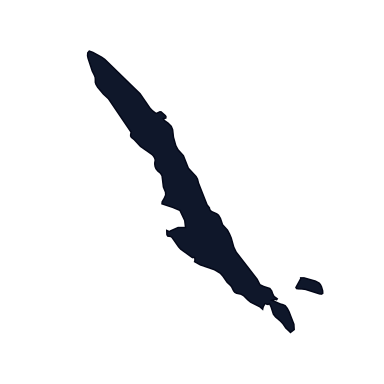 outline of Cebu, rotated 125°
{"feature_id": "PHL-2514", "entity_name": "Cebu", "entity_type": "Province", "adm_level": 1, "iso_a3": "PHL", "parent_name": "Philippines", "parent_adm1": "", "projection": "robinson", "projection_center": [123.774, 10.35], "detail": "fine", "context": "isolated", "style": "filled", "palette": "ink", "viewbox_px": 384, "rotation_deg": 125, "n_neighbors": 0, "source": "natural_earth", "source_scale": "10m", "svg_char_len": 2201}
<svg xmlns="http://www.w3.org/2000/svg" viewBox="0 0 384 384"><g transform="rotate(125 192 192)"><path d="M218.9,209.8L217.1,210.8L213.2,211.1L209.6,211.8L207.3,213.6L204.3,218.3L195.9,225.8L194.7,228.5L194.4,232.1L193.6,234.8L192.3,236.8L190.4,238.6L189.1,239.4L187.3,240.2L186.3,241.1L185.6,242.1L184.9,243.5L184.4,245.0L184.2,246.4L184.2,260.3L182.2,269.5L182.0,273.0L181.3,274.4L179.9,275.3L178.4,275.9L177.8,276.5L163.5,314.0L162.6,320.7L160.3,329.3L158.9,332.4L157.6,334.1L154.9,336.0L153.5,337.2L152.2,339.2L150.1,343.1L142.0,353.9L140.3,355.7L137.8,357.2L135.5,357.0L134.5,353.3L133.4,343.4L133.4,339.6L141.3,290.9L147.4,274.6L148.1,271.2L148.3,266.9L147.7,266.0L144.7,264.3L144.1,263.3L144.7,257.9L145.1,256.7L146.4,255.9L147.3,256.6L147.9,257.5L148.3,257.8L149.0,256.5L149.3,255.1L149.3,251.2L150.1,246.7L152.1,243.6L157.8,238.6L163.3,231.9L165.4,227.8L167.2,219.9L174.6,208.7L177.0,197.6L178.3,194.9L181.0,191.8L193.9,172.3L194.7,169.6L195.0,168.7L195.8,167.9L196.5,166.7L196.8,164.8L195.7,159.2L195.8,157.0L197.4,153.5L201.3,148.2L202.9,141.1L204.9,137.2L207.2,133.5L213.2,126.2L215.9,121.4L226.1,88.6L229.0,83.2L228.3,79.1L226.4,72.9L227.4,69.9L229.1,67.6L230.5,65.0L230.6,60.9L231.7,60.9L232.2,62.2L232.9,63.0L234.9,64.5L233.0,55.1L232.2,53.1L231.7,50.5L232.7,47.2L234.4,43.9L241.9,32.7L246.1,29.4L250.6,30.8L250.3,32.1L249.6,37.1L247.7,42.1L247.0,45.5L246.4,51.9L245.4,55.2L240.7,61.4L239.0,64.5L240.5,65.2L241.0,66.4L241.2,67.6L241.7,68.2L244.8,67.9L246.2,67.5L247.5,66.9L247.1,70.5L248.6,80.8L248.3,84.6L247.3,90.2L247.6,93.3L249.4,97.5L249.6,99.4L249.1,101.2L246.9,105.2L246.4,107.1L245.8,111.4L243.2,118.4L242.3,122.2L242.8,129.1L246.9,143.3L247.6,149.9L247.1,150.0L246.0,150.6L244.9,151.4L244.3,152.2L244.4,153.1L245.3,153.6L245.5,154.6L245.3,168.4L244.6,171.5L240.6,182.5L240.7,184.1L242.0,186.5L241.4,188.0L238.0,190.6L237.6,188.6L236.9,187.4L236.0,187.2L229.1,183.0L224.8,176.9L219.5,181.6L214.0,191.3L215.6,198.8L218.9,209.8ZM208.5,46.6L210.1,49.0L211.1,50.9L210.6,52.1L200.6,53.2L200.0,53.7L198.1,51.0L194.2,39.8L193.7,35.7L194.2,33.8L195.3,31.7L198.0,28.3L200.0,26.8L201.3,27.3L202.3,29.1L206.7,43.2L208.5,46.6Z" fill="#0f172a" stroke="#020617" stroke-width="1.5"/></g></svg>